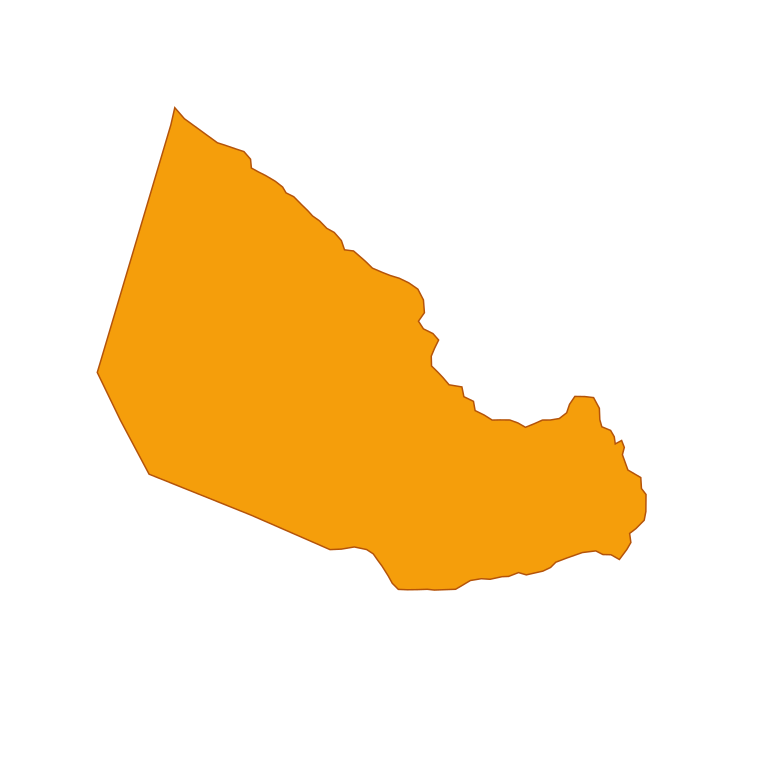 Luzinópolis, Tocantins, Brazil (Robinson projection), rotated 200°
{"feature_id": "56859067B89820520671314", "entity_name": "Luzinópolis", "entity_type": "district", "adm_level": 2, "iso_a3": "BRA", "parent_name": "Brazil", "parent_adm1": "Tocantins", "projection": "robinson", "projection_center": [-47.877, -6.217], "detail": "fine", "context": "isolated", "style": "filled", "palette": "amber", "viewbox_px": 768, "rotation_deg": 200, "n_neighbors": 0, "source": "geoboundaries", "source_scale": "gbopen_adm2", "svg_char_len": 1594}
<svg xmlns="http://www.w3.org/2000/svg" viewBox="0 0 768 768"><g transform="rotate(200 384 384)"><path d="M141.4,412.2L146.2,406.8L149.6,413.2L155.2,417.9L164.7,418.3L169.0,424.3L173.3,434.8L182.4,442.9L190.9,440.9L200.4,437.6L202.7,428.4L202.5,419.4L207.5,411.5L215.3,407.1L222.8,404.3L229.1,398.2L236.3,391.7L244.7,393.2L253.5,393.2L262.8,389.9L270.0,387.1L279.3,389.1L289.3,390.2L294.0,398.3L304.6,399.4L309.8,407.9L322.6,405.5L330.8,410.2L337.4,413.5L345.5,417.2L349.1,426.3L348.7,434.8L347.7,444.0L355.2,448.1L365.8,449.3L373.1,454.8L370.4,464.8L375.7,476.5L384.6,484.7L395.2,487.5L405.8,488.6L415.3,488.1L423.7,488.3L434.5,488.9L443.6,493.0L450.8,495.8L458.1,498.6L467.0,496.6L473.1,504.2L482.6,509.4L491.0,510.7L500.3,515.2L508.7,517.5L514.7,520.7L522.9,524.4L532.8,529.1L541.4,530.1L546.6,534.4L555.4,537.3L566.0,539.3L574.9,540.4L582.5,541.6L586.3,549.6L595.1,554.5L604.4,554.2L615.6,554.0L623.1,553.7L662.3,565.0L675.1,572.1L672.9,554.5L658.0,307.4L657.4,296.8L619.2,259.7L573.9,218.9L463.9,215.3L378.1,209.9L367.5,214.3L356.2,220.7L343.7,222.5L336.0,220.7L329.7,216.3L323.7,212.3L314.4,205.1L308.0,199.5L300.3,195.9L291.5,198.7L282.0,202.3L273.1,205.9L266.2,207.6L246.5,215.6L235.6,228.9L226.0,234.3L217.5,236.8L207.2,243.3L201.1,245.8L193.1,252.8L185.0,253.3L170.7,262.5L164.7,268.6L161.6,275.3L152.7,283.0L139.9,293.5L127.9,299.6L120.0,298.6L112.3,301.2L102.8,299.6L99.2,311.6L97.8,319.5L102.1,327.6L97.8,334.3L92.9,345.0L94.3,353.7L100.0,369.8L106.3,373.8L110.7,383.9L125.4,386.6L135.8,399.1L136.5,406.6L141.4,412.2Z" fill="#f59e0b" stroke="#b45309" stroke-width="1.5"/></g></svg>